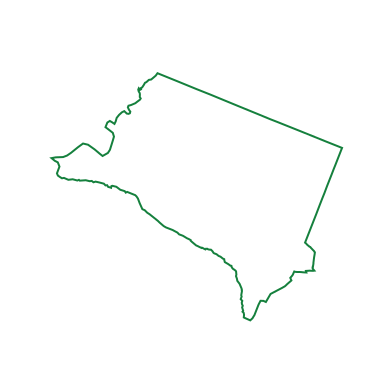 Kombo East, West Coast, Gambia (Albers equal-area conic projection), rotated 202°
{"feature_id": "56634734B25207283407562", "entity_name": "Kombo East", "entity_type": "district", "adm_level": 2, "iso_a3": "GMB", "parent_name": "Gambia", "parent_adm1": "West Coast", "projection": "albers", "projection_center": [-16.509, 13.25], "detail": "fine", "context": "isolated", "style": "outline", "palette": "green", "viewbox_px": 384, "rotation_deg": 202, "n_neighbors": 0, "source": "geoboundaries", "source_scale": "gbopen_adm2", "svg_char_len": 3370}
<svg xmlns="http://www.w3.org/2000/svg" viewBox="0 0 384 384"><g transform="rotate(202 192 192)"><path d="M334.9,170.8L330.8,169.5L329.3,169.4L327.5,169.2L324.4,165.9L324.2,158.7L322.5,157.0L320.0,156.4L317.7,156.0L316.0,157.1L311.2,157.0L307.4,159.1L302.6,159.7L301.4,160.9L300.3,160.5L294.9,163.1L290.9,163.7L289.1,164.7L287.0,164.1L285.3,165.5L281.6,166.1L276.8,166.7L274.7,165.7L273.2,166.5L271.6,165.3L269.5,165.6L268.6,165.6L268.9,167.3L268.2,167.9L264.1,168.5L259.3,167.2L254.7,167.6L253.2,166.6L252.2,167.8L243.4,167.8L241.8,167.1L239.7,165.7L236.4,162.1L231.6,157.5L229.0,157.4L225.7,156.0L223.0,155.5L212.4,152.3L212.0,152.1L210.5,151.5L205.5,149.8L202.8,149.4L195.6,149.5L194.1,149.3L190.3,148.9L188.1,147.9L185.4,148.0L183.9,148.0L179.1,147.2L177.6,147.2L175.2,146.9L174.9,146.3L173.3,145.7L168.1,144.0L166.6,144.0L164.5,143.8L162.1,143.7L161.9,144.1L160.3,144.0L159.0,143.8L158.0,143.8L157.8,144.6L156.5,145.1L156.1,144.9L154.6,145.0L152.8,145.6L150.9,144.8L149.2,143.6L148.2,143.4L147.4,143.5L146.7,143.5L145.9,143.5L143.4,142.7L141.3,142.7L138.4,141.8L137.6,141.8L137.0,141.8L136.3,140.6L135.3,139.3L131.2,138.7L128.9,138.1L127.8,138.3L127.2,137.4L126.2,136.6L124.9,136.0L123.9,135.9L123.4,135.7L122.4,135.5L121.4,134.9L119.9,132.0L119.7,130.5L117.9,128.5L116.7,126.6L115.0,125.6L113.5,124.7L112.1,123.3L110.0,121.2L109.0,119.8L109.1,119.6L108.5,118.6L107.7,114.8L106.8,113.6L106.7,110.9L104.6,109.9L104.4,108.0L103.6,106.7L102.3,105.5L102.3,103.8L100.1,101.1L100.3,99.9L99.0,99.5L97.8,97.8L97.0,95.1L95.8,95.0L89.9,94.8L88.6,97.6L88.3,99.7L88.0,101.1L88.1,111.8L88.1,112.7L87.7,116.8L85.0,117.8L82.3,117.7L81.0,126.7L80.9,127.0L72.5,136.9L71.5,138.2L70.6,139.3L69.8,140.9L69.4,141.9L68.4,143.9L66.7,147.2L68.7,149.2L67.8,151.9L67.7,152.2L67.6,152.8L67.5,153.5L67.5,153.8L67.5,154.5L67.5,155.2L67.4,156.6L66.6,156.6L64.9,157.1L62.9,157.9L61.8,158.3L59.9,158.9L59.4,159.0L55.8,160.2L56.8,161.5L53.5,163.1L51.5,163.8L50.4,164.2L49.1,164.9L51.1,166.0L51.8,166.7L52.0,167.7L51.8,167.7L52.6,171.2L52.8,171.5L53.8,175.2L54.3,177.1L55.0,180.3L55.4,181.8L55.4,182.0L55.7,182.3L56.3,182.5L56.8,183.0L57.2,183.2L57.6,183.3L59.1,184.0L60.2,184.5L60.7,184.7L61.0,184.9L61.7,185.3L62.3,185.3L63.0,185.4L63.6,185.7L63.9,185.8L64.5,185.9L65.3,186.2L67.2,187.1L68.2,187.4L68.4,206.1L68.5,216.3L68.5,217.5L68.6,222.4L68.7,227.6L68.8,235.1L68.8,240.4L69.0,248.1L69.1,260.4L69.2,266.3L69.2,271.1L69.3,279.6L69.4,288.6L69.4,289.1L87.5,289.0L98.9,289.0L113.8,289.0L139.1,288.9L146.8,288.8L158.2,288.9L182.1,289.0L197.0,289.1L211.0,289.2L226.4,289.1L247.6,289.2L268.5,289.2L269.2,286.3L270.5,283.8L272.0,281.0L274.0,279.8L275.5,276.7L276.1,276.1L276.4,275.8L276.5,275.6L276.8,273.2L277.4,270.3L278.3,269.2L277.7,268.2L278.5,267.2L280.2,268.2L280.2,267.9L280.2,266.8L279.1,265.3L277.5,264.1L276.9,263.0L276.0,260.5L274.6,259.5L274.8,258.2L276.1,256.0L276.6,255.2L277.8,253.1L281.1,249.8L283.2,248.2L283.2,246.5L281.2,244.6L279.3,243.4L279.1,241.7L280.1,240.7L281.8,240.3L285.1,241.6L286.8,239.7L288.5,236.2L289.6,232.5L289.2,228.8L289.4,226.1L292.1,226.7L294.8,227.1L296.5,224.7L296.5,222.0L296.5,219.7L292.8,218.7L287.6,217.2L285.1,214.1L284.7,210.1L284.3,205.4L283.9,200.4L284.6,196.7L288.4,191.9L291.8,192.9L298.2,195.0L306.1,196.9L311.2,196.1L314.5,190.8L318.9,182.9L321.5,179.0L324.6,176.1L331.3,173.1L334.9,170.8Z" fill="none" stroke="#15803d" stroke-width="2"/></g></svg>